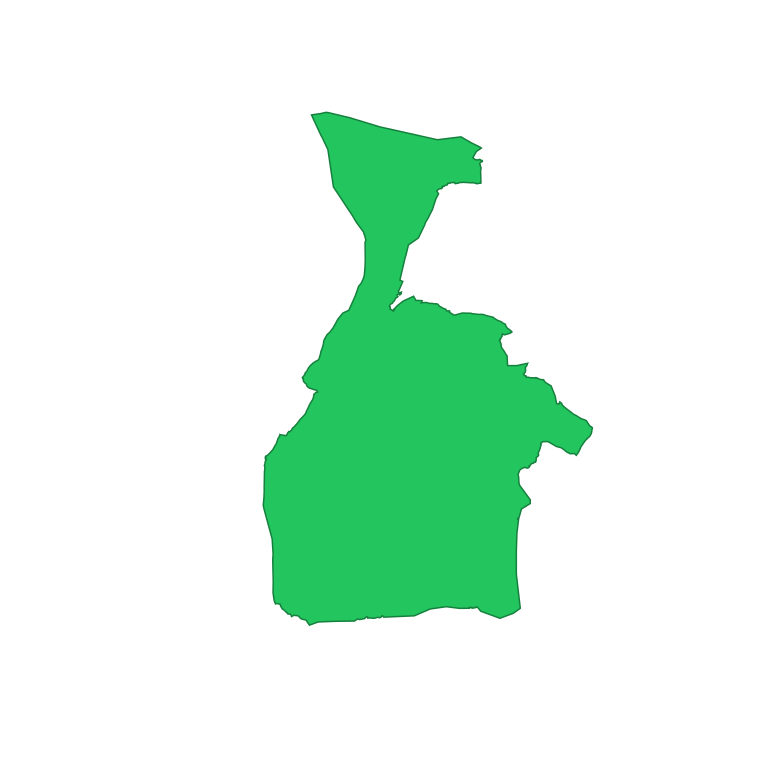 Nord-Aurdal nor, Oppland, Norway, rotated 325°
{"feature_id": "86288312B2745383229775", "entity_name": "Nord-Aurdal nor", "entity_type": "district", "adm_level": 2, "iso_a3": "NOR", "parent_name": "Norway", "parent_adm1": "Oppland", "projection": "albers", "projection_center": [9.398, 61.004], "detail": "fine", "context": "isolated", "style": "filled", "palette": "green", "viewbox_px": 768, "rotation_deg": 325, "n_neighbors": 0, "source": "geoboundaries", "source_scale": "gbopen_adm2", "svg_char_len": 6147}
<svg xmlns="http://www.w3.org/2000/svg" viewBox="0 0 768 768"><g transform="rotate(325 384 384)"><path d="M367.0,645.9L382.7,616.8L384.7,613.7L396.7,596.6L407.5,582.2L416.5,572.2L415.9,571.5L416.5,570.8L417.0,571.0L417.3,571.4L425.0,565.2L435.2,565.8L437.4,562.8L437.0,546.1L437.1,544.3L437.9,542.3L440.8,537.7L441.6,535.8L442.3,534.7L446.1,532.3L449.1,532.4L451.3,532.9L453.0,535.0L454.3,535.5L455.4,535.3L455.4,534.8L455.7,534.4L456.2,534.9L457.0,534.3L457.7,534.4L458.8,533.8L461.0,534.6L462.5,534.1L463.2,534.9L463.6,534.9L464.3,534.1L464.8,533.9L466.5,531.6L469.1,531.4L470.1,530.7L470.1,529.6L470.4,529.3L474.7,526.5L477.1,524.4L478.1,523.8L478.2,522.7L478.4,522.4L478.8,522.5L480.9,522.3L485.3,525.2L489.4,534.1L492.6,537.9L493.9,541.6L494.6,544.3L496.6,548.0L500.1,550.2L500.6,552.7L503.7,551.7L507.9,549.4L509.3,548.4L516.4,545.8L522.7,544.8L525.2,543.6L526.3,542.7L529.6,539.3L529.1,537.4L528.5,536.6L528.7,530.1L527.9,528.6L525.7,525.6L523.8,521.4L523.6,520.5L522.0,517.6L521.7,516.7L520.6,512.9L519.4,509.4L518.6,506.6L518.0,503.8L518.4,501.8L517.8,499.4L517.4,499.5L517.2,500.2L516.9,500.4L515.8,500.3L515.7,500.5L514.7,500.0L514.2,499.1L517.3,491.9L519.8,481.4L517.2,475.6L517.0,472.7L517.2,472.1L514.6,469.9L514.2,469.2L513.6,468.5L513.3,467.8L513.3,467.4L512.9,466.9L512.6,466.9L512.6,466.6L512.1,466.6L511.9,465.9L511.4,466.0L510.9,465.3L507.1,462.5L506.8,462.0L505.7,460.9L504.4,460.3L504.9,459.5L505.0,458.9L504.7,458.4L503.9,457.9L504.0,457.4L503.8,457.0L504.2,456.3L504.1,455.9L505.8,455.6L507.3,454.7L508.0,453.7L508.1,453.2L508.6,452.9L509.1,451.6L511.6,450.9L512.1,450.3L512.6,450.1L512.7,449.8L513.5,449.4L503.3,445.1L495.8,439.8L501.0,431.5L500.9,428.9L501.2,426.7L501.2,421.6L502.0,419.6L502.9,418.5L502.8,417.7L503.2,417.1L503.6,415.6L503.3,415.1L503.4,414.7L504.0,414.4L504.9,414.4L505.0,414.2L504.8,413.8L505.1,413.5L506.3,413.5L507.4,412.8L508.0,412.7L509.3,411.0L509.9,411.0L509.8,411.6L510.5,412.2L510.7,412.7L513.6,413.9L514.9,414.1L515.7,414.6L516.9,414.8L517.4,414.7L518.3,414.9L518.8,414.4L517.0,408.6L517.2,406.8L517.1,406.3L517.4,405.3L517.6,405.0L517.6,404.4L516.5,402.7L516.0,401.6L515.8,400.2L515.0,399.3L514.6,398.4L513.7,397.3L512.2,393.9L511.6,391.8L506.8,386.4L506.3,385.5L505.1,384.0L503.8,382.8L502.0,381.7L496.4,376.8L495.8,375.9L488.9,370.8L481.1,368.0L478.7,362.8L479.4,362.4L479.6,361.7L477.2,360.0L477.5,358.2L475.3,355.0L475.0,353.8L474.4,353.0L474.1,352.0L473.8,349.3L472.7,348.2L470.4,346.5L469.7,345.5L467.9,344.4L465.3,341.4L462.8,339.8L461.0,338.9L463.0,337.6L458.1,333.8L458.6,329.1L447.3,327.1L439.6,327.5L435.9,328.4L435.7,328.2L435.4,328.3L435.7,328.6L435.4,329.0L435.2,329.0L435.2,328.7L434.7,328.8L434.7,329.3L433.6,329.5L433.4,328.8L433.0,328.8L433.0,327.9L432.7,327.2L431.9,326.4L433.3,324.4L432.9,323.9L432.9,323.4L435.0,322.4L437.3,322.7L438.3,322.0L439.1,322.1L440.8,321.5L441.2,321.0L442.0,320.9L442.7,320.3L444.4,320.6L445.4,320.3L445.1,320.0L446.1,318.4L448.1,318.9L447.8,320.0L448.0,320.1L449.9,319.9L451.0,318.7L449.8,318.4L448.6,317.6L448.9,316.3L450.1,315.8L458.2,310.8L456.6,308.0L473.8,292.6L475.6,291.3L483.8,284.1L495.9,284.1L508.3,277.2L510.8,275.4L514.7,273.7L523.8,268.8L532.6,262.2L537.8,259.5L537.9,256.0L540.7,255.8L541.8,256.1L542.9,256.9L544.4,256.8L544.6,256.6L544.3,256.3L544.4,256.1L544.9,255.7L545.7,255.8L545.8,256.1L546.5,256.5L548.2,256.4L549.8,257.2L550.6,256.9L551.2,256.2L553.7,257.5L554.3,257.5L557.4,259.4L557.5,259.8L557.2,260.2L557.2,260.7L560.1,262.1L562.3,262.7L562.8,263.3L564.4,264.1L571.7,269.9L572.3,269.9L572.8,270.7L573.6,271.3L574.1,272.3L574.7,272.6L574.9,273.1L575.5,273.6L577.0,274.0L577.7,274.7L578.7,275.0L585.4,264.8L587.5,262.7L587.9,261.1L588.0,260.2L588.6,259.8L588.5,258.8L588.7,258.5L590.4,257.7L591.7,258.2L592.4,258.0L592.6,257.5L592.1,257.5L591.6,257.1L591.7,256.8L591.6,256.3L591.8,255.8L591.1,254.8L589.5,254.4L587.3,252.4L586.6,249.6L593.1,246.5L599.0,246.6L598.7,245.4L594.1,237.0L588.8,225.7L567.8,214.5L527.8,170.7L508.8,146.4L494.0,129.7L492.3,128.2L487.1,126.1L479.0,122.0L478.0,127.1L474.9,144.6L474.8,146.3L472.5,159.8L455.6,193.6L454.7,228.4L454.1,235.4L454.4,247.7L453.7,249.5L453.4,251.1L451.6,255.8L449.7,257.1L439.9,271.5L435.3,277.6L430.1,283.8L426.8,286.3L422.6,288.6L419.4,289.3L411.1,295.3L397.5,303.4L390.9,302.3L383.5,304.4L374.8,308.7L369.3,310.5L365.9,310.9L364.4,311.5L362.1,312.8L361.6,312.7L359.1,314.4L357.2,316.6L352.6,320.2L351.2,321.0L349.6,322.6L344.9,326.4L343.4,326.6L340.6,326.2L337.3,326.2L334.5,326.6L331.7,327.4L327.9,329.3L325.6,329.8L324.5,330.9L320.8,331.9L321.0,332.6L320.4,333.3L320.6,333.9L320.5,334.3L319.6,335.4L319.7,337.4L320.4,339.6L320.0,340.3L319.7,342.1L319.9,343.0L320.3,343.5L320.4,344.4L324.3,349.6L325.0,350.3L325.2,350.9L325.2,352.4L325.1,352.6L323.6,351.9L320.7,352.2L318.4,354.6L316.2,356.0L311.5,358.0L301.9,363.6L294.7,365.0L289.9,366.6L285.1,367.7L283.9,367.6L281.8,368.8L280.7,368.8L279.7,369.2L278.8,368.3L277.2,368.8L274.5,370.3L270.2,366.4L269.8,365.7L269.4,366.2L265.9,367.9L261.8,370.9L255.0,374.1L249.8,375.3L246.7,375.6L245.9,375.2L245.3,375.8L245.3,376.0L244.8,375.8L244.5,376.2L244.6,376.3L243.8,377.5L244.5,378.1L242.2,379.4L240.5,381.3L239.1,382.3L239.2,382.7L238.4,384.3L235.9,387.1L225.5,401.4L225.5,401.6L220.5,408.2L215.5,414.1L213.9,417.9L203.5,446.8L195.6,459.7L192.0,464.2L179.8,482.5L173.4,491.3L171.1,495.8L169.6,499.0L169.0,501.9L169.6,501.9L170.8,502.9L172.6,505.0L172.4,505.9L171.8,506.7L171.9,508.0L171.6,509.7L172.6,512.3L172.8,513.9L173.3,515.4L173.4,516.1L173.2,517.0L174.9,518.6L175.3,519.2L175.3,520.0L174.9,521.2L174.9,521.5L177.5,521.8L180.7,524.6L181.0,526.2L181.2,528.3L182.1,529.8L184.7,532.6L184.6,538.8L192.7,540.9L194.6,541.8L209.0,551.1L223.8,561.2L227.6,561.4L228.9,562.9L233.4,565.0L235.7,564.7L236.8,565.0L236.8,565.8L236.4,566.4L238.2,567.5L241.4,570.2L245.2,571.6L246.4,573.0L248.0,573.3L249.7,572.8L250.0,573.5L250.0,574.8L275.9,591.3L292.8,594.8L307.2,602.1L317.3,611.2L325.4,616.7L325.7,616.0L326.8,616.7L328.0,617.6L327.6,618.1L328.1,618.5L330.5,619.6L331.0,619.3L332.0,619.9L332.0,620.3L332.6,620.6L332.9,625.6L344.6,642.4L358.5,646.0L367.0,645.9Z" fill="#22c55e" stroke="#15803d" stroke-width="1.5"/></g></svg>